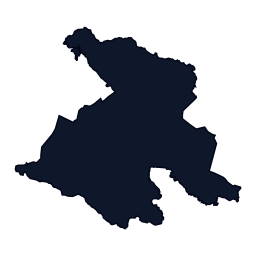 Asūnes pag., Dagdas, Latvia (Albers equal-area conic projection)
{"feature_id": "27541924B76064426584582", "entity_name": "Asūnes pag.", "entity_type": "district", "adm_level": 2, "iso_a3": "LVA", "parent_name": "Latvia", "parent_adm1": "Dagdas", "projection": "albers", "projection_center": [27.598, 56.039], "detail": "fine", "context": "isolated", "style": "filled", "palette": "ink", "viewbox_px": 256, "rotation_deg": 0, "n_neighbors": 0, "source": "geoboundaries", "source_scale": "gbopen_adm2", "svg_char_len": 5772}
<svg xmlns="http://www.w3.org/2000/svg" viewBox="0 0 256 256"><path d="M216.5,143.5L213.8,137.9L215.1,135.3L212.4,134.5L208.8,132.4L207.3,131.1L204.7,127.1L196.2,129.1L190.2,124.9L181.8,118.3L182.4,118.0L182.3,115.4L182.9,110.7L196.0,98.1L196.3,97.3L196.0,96.1L194.8,95.9L194.3,94.6L192.2,92.5L191.8,91.4L192.0,90.1L193.9,87.7L194.0,85.9L195.4,86.5L194.6,84.3L195.3,81.8L195.0,80.4L196.3,79.7L196.5,78.4L196.1,76.9L194.9,75.4L194.8,74.0L192.1,71.6L192.7,71.0L192.6,70.3L194.6,69.8L194.8,69.0L194.3,67.4L193.0,66.0L191.3,65.5L189.6,64.2L188.6,64.5L188.0,65.2L186.2,65.5L184.5,64.4L183.7,62.9L181.2,63.1L179.5,62.2L179.6,61.5L179.1,60.8L177.9,60.8L177.4,60.1L176.3,60.8L174.8,61.0L172.4,59.1L171.8,59.7L170.9,58.9L169.7,59.5L169.7,58.6L168.8,58.3L164.4,59.3L162.4,58.4L159.1,58.2L157.3,56.5L156.8,54.9L156.7,53.7L156.0,53.1L155.2,53.2L154.7,54.4L153.4,55.2L150.4,53.9L146.3,51.1L144.6,48.3L143.2,48.4L141.1,47.3L138.9,47.5L136.9,46.5L136.3,45.6L135.9,42.9L135.3,42.4L135.6,42.0L134.9,41.1L132.8,39.8L131.4,37.9L128.6,37.7L126.7,38.6L124.9,38.3L123.6,39.4L121.1,38.0L119.0,37.7L117.0,38.6L115.2,38.5L111.0,41.0L107.5,40.5L103.9,41.5L102.7,43.0L101.2,42.5L99.7,42.7L99.1,42.1L98.4,40.5L96.5,39.7L95.1,38.4L93.6,35.0L91.3,33.6L91.1,33.3L91.3,32.3L90.7,31.7L90.7,30.4L90.4,30.0L88.1,29.7L86.0,27.9L84.7,27.4L84.3,27.6L83.9,28.7L82.6,29.4L80.0,29.3L79.6,30.1L78.3,29.4L75.1,31.1L74.5,31.7L74.5,32.3L74.1,32.7L73.7,34.1L72.0,36.1L70.1,35.6L68.1,36.2L67.3,37.6L66.0,38.3L65.6,39.6L66.5,41.9L64.7,41.4L63.5,43.7L64.4,44.2L66.0,44.0L67.2,44.8L67.4,45.1L67.6,46.4L69.1,47.8L73.9,47.3L74.3,48.1L74.3,48.5L71.6,50.0L71.4,51.2L73.9,51.7L74.2,52.8L75.4,54.5L75.7,55.6L75.3,58.5L76.7,60.3L77.1,60.2L77.4,59.1L77.1,57.9L78.6,54.5L79.0,54.3L79.5,55.1L79.8,53.4L80.6,53.5L80.8,53.2L79.4,51.3L79.6,50.0L79.0,49.7L78.9,49.3L77.2,48.2L75.8,48.1L76.3,47.6L78.6,47.4L78.9,46.9L79.0,45.6L79.8,46.5L79.8,47.0L79.3,47.2L79.8,49.2L80.6,50.1L81.5,52.0L83.5,54.6L83.9,54.7L84.5,53.6L85.1,54.1L85.3,54.6L84.9,55.4L85.3,56.6L86.9,57.1L87.9,60.1L88.4,63.1L89.7,64.4L89.5,65.2L89.9,65.8L92.0,67.5L93.2,69.3L96.5,71.4L101.3,78.0L102.5,78.7L105.8,81.7L107.2,82.4L107.3,84.1L106.1,85.3L106.6,86.4L107.8,86.5L110.1,85.6L110.9,85.9L111.8,87.1L112.2,88.7L113.8,90.5L114.5,90.6L115.1,91.4L115.2,91.9L108.5,96.7L104.5,100.3L102.1,101.9L100.6,98.5L94.8,103.5L90.1,106.4L89.5,106.0L88.1,106.3L86.8,105.6L84.6,105.7L83.3,108.1L81.6,108.2L79.0,110.7L77.0,119.8L74.8,120.5L73.3,122.5L59.2,115.7L55.5,128.6L53.9,131.6L52.3,134.3L41.8,147.0L40.9,155.7L41.0,158.4L40.7,158.7L36.6,162.8L33.4,162.0L27.7,163.9L26.4,162.9L25.7,164.7L23.5,165.2L18.1,165.3L16.0,166.1L15.4,169.2L16.3,171.5L18.9,171.5L20.4,174.6L23.1,175.1L23.2,174.1L24.0,172.4L25.6,172.1L27.0,174.5L27.3,175.5L30.1,178.4L36.3,179.8L40.0,181.7L41.8,181.2L44.8,181.6L47.4,182.1L48.8,183.2L50.2,183.3L52.1,184.6L53.0,186.4L54.0,187.2L56.2,187.5L57.7,188.5L60.7,189.9L61.5,191.3L61.7,192.9L62.3,195.0L64.4,194.8L67.8,196.0L72.6,196.4L77.9,194.2L79.6,194.6L81.5,195.8L82.7,196.1L85.0,198.0L86.1,201.7L87.0,202.2L88.2,204.0L89.9,204.8L91.6,206.8L93.4,207.6L96.1,209.7L98.4,212.7L99.9,213.4L100.2,212.5L101.1,212.7L102.0,214.7L103.0,215.5L103.3,217.7L107.8,221.5L109.5,222.2L111.1,224.4L112.6,224.5L116.5,223.3L117.2,223.9L117.7,225.1L120.2,226.9L121.1,227.3L122.6,227.2L124.2,228.4L125.2,228.6L127.1,226.9L127.7,225.9L127.6,223.3L128.7,219.6L129.4,218.3L131.9,217.7L134.9,218.0L136.4,216.4L137.8,216.2L139.9,217.3L140.1,218.1L139.8,219.9L141.5,221.0L141.6,221.4L143.6,222.0L144.3,221.7L145.1,222.3L147.3,222.7L147.7,221.9L148.8,221.9L149.5,221.5L153.9,224.5L155.5,225.0L161.2,223.6L161.6,223.0L161.7,220.4L163.3,219.6L163.5,219.2L163.3,218.4L163.6,217.7L162.0,215.7L162.5,213.8L161.5,211.2L159.0,209.5L159.0,207.7L156.7,206.8L156.5,204.9L153.3,205.2L152.8,205.0L152.2,203.6L151.7,203.3L151.8,202.7L151.3,201.3L152.5,198.9L155.2,198.5L156.9,198.6L158.1,199.2L159.8,198.3L161.2,196.5L161.3,195.8L160.7,194.5L159.2,194.1L159.0,193.6L159.3,192.5L159.9,192.0L159.3,190.7L159.1,189.4L154.9,185.3L153.8,183.3L152.3,182.1L151.2,181.9L151.0,181.2L149.4,180.7L150.2,179.9L148.8,176.8L149.0,176.5L149.2,173.9L148.5,173.2L149.0,172.7L149.7,170.7L149.8,168.6L150.1,167.6L151.4,166.7L152.3,166.5L153.3,167.2L154.4,166.9L166.0,167.8L166.7,169.2L168.5,169.1L171.6,170.0L172.0,170.5L172.2,171.7L170.8,172.8L171.0,174.2L169.9,175.9L170.3,176.8L172.1,177.5L174.8,177.3L174.2,178.2L173.9,179.6L174.7,180.9L175.8,180.6L175.6,179.8L176.2,179.5L178.7,180.6L179.2,181.2L179.2,182.0L179.8,183.0L183.1,185.6L184.1,187.2L185.5,188.0L186.5,191.5L188.8,193.5L188.8,194.4L190.3,193.9L190.5,194.0L190.4,194.8L190.6,194.9L191.0,194.2L192.3,194.1L192.4,194.3L191.8,194.8L191.9,195.1L193.1,194.4L194.3,196.5L194.7,196.5L195.2,195.8L195.5,195.8L195.3,196.5L195.6,196.8L196.5,196.8L197.6,197.6L198.8,197.4L199.0,197.9L198.0,199.1L198.1,199.8L199.1,199.9L199.0,200.5L199.5,201.0L201.2,200.5L202.2,200.9L202.3,201.2L201.5,201.8L201.4,202.5L203.3,202.0L203.5,202.3L203.3,203.1L205.0,203.3L206.3,204.9L206.6,204.9L207.0,204.0L208.0,203.9L208.2,204.3L209.4,204.5L212.8,203.0L214.6,203.1L214.6,203.7L213.8,204.5L213.8,205.1L217.0,205.2L217.6,204.4L217.5,203.7L217.9,203.3L216.4,202.5L216.3,201.5L217.0,200.6L216.9,199.9L216.3,199.7L216.3,199.2L216.7,199.0L216.4,198.7L216.8,198.6L216.9,198.1L217.4,198.2L217.5,197.9L217.3,197.0L217.6,196.7L217.4,196.1L217.6,195.9L218.5,196.3L219.4,196.0L219.8,196.5L223.2,197.6L224.6,197.5L229.3,200.5L230.2,200.3L232.6,199.0L233.9,199.0L236.2,199.8L236.4,200.2L236.4,201.0L237.0,201.6L237.4,201.7L238.3,200.8L238.0,198.2L238.8,197.4L238.1,196.3L238.2,194.4L237.8,192.7L238.1,191.6L237.8,191.4L240.6,188.5L240.5,187.2L234.7,185.4L233.0,186.2L227.7,182.3L225.0,178.8L223.1,177.3L214.3,173.1L209.1,171.2L216.5,143.5Z" fill="#0f172a" stroke="#020617" stroke-width="1.5"/></svg>